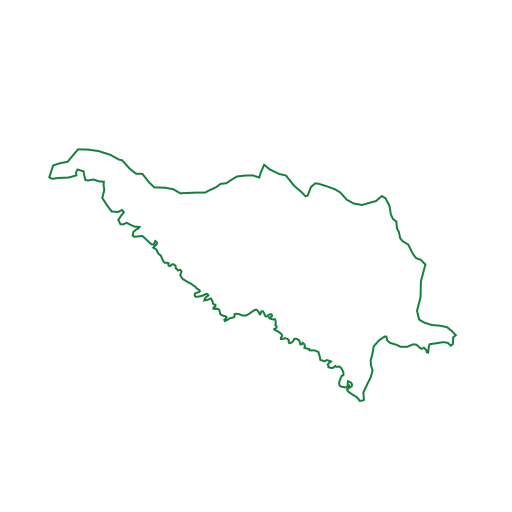 Jaedae, Sinoe, Liberia (Natural Earth projection), rotated 62°
{"feature_id": "62588387B27805419534049", "entity_name": "Jaedae", "entity_type": "district", "adm_level": 2, "iso_a3": "LBR", "parent_name": "Liberia", "parent_adm1": "Sinoe", "projection": "natural_earth1", "projection_center": [-8.506, 5.086], "detail": "fine", "context": "isolated", "style": "outline", "palette": "green", "viewbox_px": 512, "rotation_deg": 62, "n_neighbors": 0, "source": "geoboundaries", "source_scale": "gbopen_adm2", "svg_char_len": 4657}
<svg xmlns="http://www.w3.org/2000/svg" viewBox="0 0 512 512"><g transform="rotate(62 256 256)"><path d="M418.6,117.1L414.7,118.2L408.6,120.7L403.8,126.4L399.6,133.0L394.1,138.5L388.7,141.8L380.1,139.6L369.5,130.0L355.8,122.3L348.9,115.9L343.0,110.4L336.8,112.3L333.0,115.6L331.5,115.9L327.4,116.5L317.4,116.2L311.7,119.7L307.7,120.3L302.0,118.6L298.0,118.6L291.4,115.9L287.7,117.7L282.5,117.4L274.4,114.6L265.7,114.6L262.1,116.8L263.8,124.2L260.7,138.5L255.5,145.1L254.6,145.7L248.8,149.5L239.6,151.7L234.1,155.0L226.8,161.6L223.8,164.6L221.1,167.4L219.7,169.6L220.8,175.0L226.9,182.0L226.5,184.2L221.2,185.7L212.1,189.3L198.9,191.8L194.5,197.0L185.9,203.3L179.3,206.0L184.4,212.4L188.2,216.3L183.5,220.8L179.9,227.7L176.9,235.3L177.1,240.5L177.8,248.1L175.7,253.3L176.5,258.7L176.1,265.9L176.1,271.3L171.9,279.1L171.4,280.2L166.8,289.8L165.1,293.4L158.1,297.8L153.0,304.2L147.7,313.6L140.9,315.8L130.1,317.8L129.5,318.9L127.1,323.2L120.1,326.4L108.6,329.3L106.5,331.8L98.4,337.0L89.3,345.9L87.3,348.7L83.1,354.5L78.3,363.1L81.7,371.5L84.4,378.2L83.0,382.5L82.1,385.3L80.8,392.5L83.0,394.8L84.6,396.6L89.5,401.6L92.0,399.9L92.3,399.3L94.6,393.2L98.6,385.1L99.6,380.9L100.5,376.7L97.8,375.7L95.9,373.0L100.3,368.5L104.8,370.0L108.8,371.0L110.5,368.8L112.2,363.6L116.3,359.7L119.0,355.5L121.6,357.2L126.4,358.9L132.7,364.5L133.3,364.4L140.8,363.8L149.0,362.5L152.4,357.1L152.5,352.7L155.4,352.2L157.3,356.6L159.5,360.6L164.3,360.8L165.6,358.8L166.0,354.7L169.9,351.9L173.0,349.5L175.6,345.3L176.4,346.8L176.4,349.7L177.3,353.2L180.3,355.4L182.0,354.2L185.1,346.8L191.7,344.6L196.6,342.8L197.9,340.9L195.5,337.9L197.0,337.2L198.9,337.9L200.4,342.8L203.8,340.9L207.9,341.2L210.2,340.2L211.4,339.8L213.2,340.1L215.8,340.2L218.0,340.2L219.1,339.7L220.7,337.1L221.1,336.8L221.6,336.6L222.4,337.5L223.5,337.6L224.5,336.9L224.3,335.3L224.0,334.0L224.7,332.6L226.6,331.7L228.7,332.3L229.2,332.6L230.4,331.8L231.9,331.9L232.2,331.2L232.7,329.4L233.5,329.2L234.7,329.0L235.9,330.3L237.2,331.8L239.3,331.9L241.9,331.5L245.4,329.4L247.4,328.2L250.0,326.4L252.7,325.1L254.6,324.0L256.8,323.6L259.4,322.0L260.8,322.1L261.0,323.3L260.7,325.4L260.4,327.2L261.6,328.5L263.1,328.7L263.9,328.2L264.8,325.9L265.4,324.1L266.0,321.1L266.0,317.8L267.1,316.6L268.6,316.6L268.6,318.3L269.2,320.4L269.9,321.5L271.0,322.5L271.3,321.0L271.9,319.4L272.1,317.1L272.2,315.8L273.1,315.7L275.7,315.7L277.7,316.3L278.8,316.0L280.0,314.8L281.7,315.6L281.4,317.3L282.4,318.4L283.8,316.6L284.6,314.6L286.2,313.8L288.5,314.2L290.5,314.9L291.7,314.3L293.7,312.7L294.4,311.8L295.6,310.7L296.3,310.7L297.0,311.8L297.5,314.0L298.8,314.0L299.0,311.3L298.8,309.5L298.8,307.6L299.3,306.2L299.7,303.9L298.4,302.8L297.2,302.1L297.6,300.8L299.3,298.4L301.6,296.4L302.9,294.8L303.9,292.5L303.9,290.5L303.5,286.8L303.1,284.1L303.2,281.7L303.7,280.8L305.5,280.2L306.5,280.0L309.1,280.1L309.5,279.5L308.1,278.2L307.4,276.9L308.1,275.9L310.6,275.7L312.7,276.1L313.9,275.7L314.5,274.8L313.9,272.8L314.0,271.4L314.6,269.8L315.9,269.7L316.8,270.5L317.0,271.8L316.4,273.2L317.3,273.4L318.7,272.2L320.0,270.9L320.6,269.0L321.4,268.9L323.3,269.5L324.8,270.1L326.0,271.4L327.5,270.9L328.6,271.3L329.1,272.3L329.0,274.2L329.9,274.3L331.8,272.8L333.3,271.9L335.7,270.6L337.6,270.1L339.1,270.7L339.9,272.5L341.0,273.0L341.7,271.8L342.0,269.8L342.6,268.5L344.2,267.0L345.9,266.5L347.0,267.4L348.1,267.7L349.1,266.3L349.1,264.9L348.5,263.2L347.1,260.9L347.7,259.9L348.1,259.2L350.8,257.4L354.2,258.2L354.8,258.4L355.5,257.0L354.5,255.6L356.6,254.7L358.9,255.3L359.8,256.4L360.9,255.4L361.3,255.0L363.2,252.6L364.3,253.1L365.6,251.1L366.4,249.1L368.0,247.6L370.1,245.9L372.1,246.4L375.3,247.1L377.9,248.0L379.4,246.6L381.1,245.0L381.2,242.2L384.3,239.3L384.9,242.3L385.6,243.7L387.5,243.7L388.2,244.2L390.1,242.4L390.9,240.9L390.4,237.6L391.5,237.2L393.1,234.0L395.4,233.3L399.2,233.4L400.9,233.9L402.3,234.9L402.1,236.7L403.7,238.7L405.9,241.2L407.8,242.6L410.1,242.9L411.8,241.6L413.1,239.9L414.1,238.8L414.1,237.5L414.7,235.3L413.9,234.5L412.8,235.6L410.9,234.5L409.8,233.5L412.5,231.6L414.7,231.5L416.0,232.8L416.2,235.6L416.5,238.2L417.9,238.5L419.8,237.9L424.2,235.5L427.7,233.5L430.3,232.6L432.4,232.6L433.6,230.1L433.7,228.3L432.3,227.6L426.9,225.3L420.2,216.3L417.0,211.7L411.8,206.8L406.1,205.7L401.9,203.7L397.6,199.6L391.0,194.4L388.2,186.7L387.5,180.3L388.4,178.7L392.0,179.8L395.7,178.4L400.3,173.7L404.0,171.0L407.1,165.2L407.8,158.6L409.7,155.9L413.8,154.5L415.7,153.4L415.9,150.7L419.0,149.8L421.1,150.4L422.1,149.3L417.1,146.0L415.4,144.1L417.8,137.5L419.2,133.3L420.4,130.3L423.0,127.3L426.6,126.2L426.1,123.4L420.4,120.1L419.7,116.8L418.6,117.1Z" fill="none" stroke="#15803d" stroke-width="2"/></g></svg>